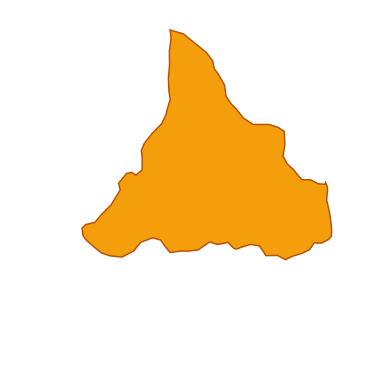 outline of Meneou, Larnaca, Cyprus, rotated 315°
{"feature_id": "46923920B15655385768829", "entity_name": "Meneou", "entity_type": "district", "adm_level": 2, "iso_a3": "CYP", "parent_name": "Cyprus", "parent_adm1": "Larnaca", "projection": "robinson", "projection_center": [33.605, 34.857], "detail": "fine", "context": "isolated", "style": "filled", "palette": "amber", "viewbox_px": 384, "rotation_deg": 315, "n_neighbors": 0, "source": "geoboundaries", "source_scale": "gbopen_adm2", "svg_char_len": 1329}
<svg xmlns="http://www.w3.org/2000/svg" viewBox="0 0 384 384"><g transform="rotate(315 192 192)"><path d="M291.0,61.9L287.1,67.3L283.9,70.1L275.7,76.3L265.9,86.3L255.5,95.1L246.9,104.5L242.2,111.0L231.1,117.0L229.2,118.5L218.8,122.3L205.8,122.3L192.6,123.9L185.3,127.0L181.8,131.7L176.8,136.7L172.3,141.1L164.4,140.4L163.2,135.4L158.8,132.6L146.4,133.9L142.6,139.8L125.6,143.9L111.4,143.9L101.9,144.8L93.7,139.8L88.6,139.8L84.0,146.0L83.2,152.0L83.8,161.4L84.8,170.8L88.6,178.8L96.5,188.5L109.1,192.5L120.2,191.3L131.7,196.5L135.8,203.7L134.6,210.7L133.7,219.3L142.2,225.7L147.7,231.3L155.4,237.3L160.5,238.2L169.5,239.9L172.8,247.1L181.7,253.1L181.7,260.9L182.9,263.7L188.6,266.3L196.4,270.5L201.5,277.7L200.1,286.1L199.1,289.1L207.6,297.3L210.2,305.9L217.3,308.3L226.8,313.3L234.3,315.9L242.4,314.3L247.4,319.7L254.9,322.1L259.1,321.9L259.7,321.4L263.2,318.3L266.0,315.1L272.5,306.9L274.9,303.5L281.4,293.1L283.6,291.1L289.5,286.3L292.3,282.3L293.1,279.8L291.5,280.6L287.1,275.5L284.4,267.1L278.6,261.4L278.6,256.2L279.6,248.1L279.2,239.7L281.7,231.0L291.1,224.2L300.0,214.5L298.5,207.0L294.2,198.7L282.9,187.4L280.6,176.0L282.0,164.7L282.0,157.1L283.8,148.4L290.6,139.4L293.8,127.9L294.8,120.8L299.4,113.6L300.8,103.3L299.9,95.2L298.7,84.1L297.8,74.2L291.0,61.9Z" fill="#f59e0b" stroke="#b45309" stroke-width="1.5"/></g></svg>